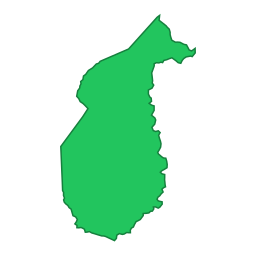 Arroio dos Ratos, Rio Grande do Sul, Brazil (Albers equal-area conic projection)
{"feature_id": "56859067B98518446358605", "entity_name": "Arroio dos Ratos", "entity_type": "district", "adm_level": 2, "iso_a3": "BRA", "parent_name": "Brazil", "parent_adm1": "Rio Grande do Sul", "projection": "albers", "projection_center": [-51.722, -30.177], "detail": "fine", "context": "isolated", "style": "filled", "palette": "green", "viewbox_px": 256, "rotation_deg": 0, "n_neighbors": 0, "source": "geoboundaries", "source_scale": "gbopen_adm2", "svg_char_len": 2178}
<svg xmlns="http://www.w3.org/2000/svg" viewBox="0 0 256 256"><path d="M195.1,48.4L193.2,49.8L191.6,50.9L189.2,50.0L187.9,47.5L186.5,44.9L183.8,44.3L180.0,42.3L177.7,42.1L175.4,42.2L171.8,40.2L170.7,36.9L170.1,34.4L170.1,32.2L169.2,29.1L167.3,27.3L166.1,25.8L159.1,20.3L159.6,15.4L157.1,17.3L128.6,49.0L100.2,61.3L98.6,63.3L96.3,64.0L92.6,67.9L88.4,70.5L85.7,74.4L83.5,76.0L82.9,79.6L80.7,81.5L81.0,83.8L79.9,86.0L79.7,88.0L77.7,90.8L76.7,96.3L78.7,98.5L80.2,101.6L82.9,103.4L84.7,105.1L88.0,108.6L82.7,116.8L60.8,146.5L62.3,182.1L62.6,190.6L63.6,192.4L63.5,195.4L64.5,198.1L63.6,199.9L64.3,202.2L65.9,204.0L67.8,205.4L69.1,207.6L71.1,209.1L73.0,215.7L75.7,216.9L77.3,219.5L76.3,221.9L74.9,223.9L77.0,225.4L76.9,227.7L78.7,227.8L81.1,227.5L82.7,228.2L84.4,229.2L85.3,232.2L87.0,232.1L89.5,231.6L91.7,232.9L94.5,233.7L98.0,234.8L101.7,235.9L104.0,236.0L105.7,236.5L114.5,240.6L116.4,238.4L116.8,235.2L119.3,233.6L122.4,234.4L124.2,234.0L126.7,232.5L128.4,232.7L130.4,232.7L130.3,230.2L131.4,228.1L133.4,227.0L134.4,224.6L136.1,221.6L137.9,220.8L140.3,219.5L143.2,215.6L143.2,213.5L146.3,213.3L148.9,212.9L150.5,211.3L152.4,211.1L153.8,208.9L153.4,207.0L155.5,206.9L158.2,208.1L159.8,207.2L162.2,204.1L162.1,201.8L160.2,201.4L158.3,200.9L157.0,199.3L157.9,197.2L159.7,195.8L161.2,193.8L163.1,192.0L161.9,189.2L163.6,187.7L165.5,186.8L165.1,184.9L164.9,182.3L164.6,179.9L164.7,177.2L164.7,174.5L162.1,173.9L160.3,172.2L161.9,170.7L164.6,169.2L167.0,167.7L167.2,164.5L166.7,161.2L165.8,158.2L163.5,158.0L161.7,156.8L160.0,155.3L158.5,154.1L157.7,152.3L159.1,150.1L160.6,147.2L161.0,143.8L160.4,141.0L159.6,138.8L158.6,135.2L160.1,132.6L158.3,130.8L155.6,131.5L153.3,130.6L151.9,127.3L154.7,124.2L155.7,120.0L154.8,117.9L151.5,115.2L154.1,110.4L154.1,105.9L151.5,105.1L149.1,103.3L151.5,101.4L151.2,98.1L149.8,97.0L148.4,94.1L148.4,90.0L152.0,88.2L153.7,85.1L152.2,83.0L152.6,80.8L152.3,77.8L151.7,72.9L154.2,65.9L154.1,63.8L156.3,62.7L158.9,62.9L160.9,62.2L162.6,62.6L163.9,60.4L166.8,59.7L168.9,58.8L171.9,57.8L175.9,60.7L178.2,62.7L180.8,63.3L182.2,60.4L183.8,58.5L186.2,56.9L190.5,56.1L192.2,56.6L195.2,52.9L195.1,48.4Z" fill="#22c55e" stroke="#15803d" stroke-width="1.5"/></svg>